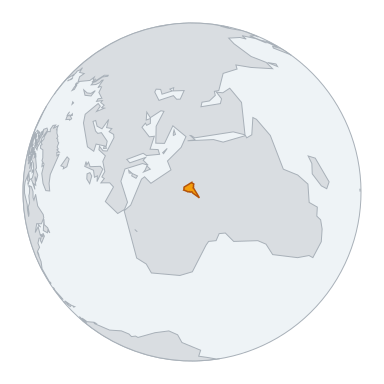 globe centered on Tibesti, rotated 301°
{"feature_id": "TCD-5578", "entity_name": "Tibesti", "entity_type": "Préfecture", "adm_level": 1, "iso_a3": "TCD", "parent_name": "Chad", "parent_adm1": "", "projection": "orthographic", "projection_center": [15.919, 20.285], "detail": "fine", "context": "on_globe", "style": "filled", "palette": "amber", "viewbox_px": 384, "rotation_deg": 301, "n_neighbors": 0, "source": "natural_earth", "source_scale": "10m", "svg_char_len": 10321}
<svg xmlns="http://www.w3.org/2000/svg" viewBox="0 0 384 384"><g transform="rotate(301 192 192)"><circle cx="192" cy="192" r="169" fill="#eef3f6" stroke="#a8b0b8"/><path d="M190.7,23.0L185.0,23.3L163.8,25.5L158.9,26.8L138.6,32.9L141.1,32.4L134.9,35.2L135.4,35.9L131.5,37.3L135.3,36.8L138.8,35.4L141.6,34.8L142.2,35.3L137.4,36.9L136.4,37.0L135.2,37.7L132.6,38.5L134.2,38.4L128.3,40.7L135.0,39.2L131.0,41.7L126.8,43.1L126.2,41.9L114.9,43.7L110.4,45.6L104.8,49.0L96.4,57.2L92.0,60.1L86.7,64.7L89.6,63.4L94.8,59.3L98.9,58.4L104.7,54.1L107.3,53.3L113.7,49.7L113.8,51.6L110.5,55.5L105.2,58.7L103.6,60.7L109.5,59.1L100.5,67.0L96.1,76.0L93.6,78.2L87.2,79.3L84.9,75.2L76.5,78.5L83.0,78.0L76.8,84.3L76.2,86.2L77.2,87.1L80.0,85.4L78.1,88.2L70.9,89.3L72.6,86.7L74.8,86.3L73.7,84.7L68.8,86.3L66.1,89.8L61.7,90.1L59.6,92.8L57.5,94.6L61.1,90.1L54.6,98.5L49.0,103.0L40.1,118.7L47.6,104.4L49.6,101.0L49.7,100.9L56.5,91.0L64.0,81.7L72.2,72.9L80.9,64.7L90.2,57.1L100.0,50.3L110.3,44.1L121.0,38.7L132.1,34.0L143.4,30.2L155.0,27.1L166.8,24.9L178.7,23.6L190.7,23.0ZM25.3,164.3L25.2,165.4L26.2,160.7L27.1,160.2L25.3,169.4L27.3,162.7L26.8,168.9L29.7,174.7L29.0,176.3L31.2,192.5L36.6,203.0L37.8,211.1L36.9,214.6L39.4,217.8L39.5,220.6L52.3,232.7L61.0,243.7L62.2,253.2L57.8,260.9L60.8,280.9L54.7,282.3L57.9,289.9L61.2,298.3L57.0,293.5L63.0,301.1L63.5,301.7L55.9,292.1L49.0,282.0L42.8,271.3L37.5,260.3L32.9,248.9L29.2,237.2L26.4,225.3L24.4,213.2L23.3,201.0L23.1,188.7L23.8,176.5L25.3,164.3ZM37.7,123.1L37.6,123.7L33.5,137.0L33.4,134.6L33.9,133.8L35.4,129.3L37.5,123.7L37.6,123.4L37.7,123.1ZM41.2,117.7L41.7,116.1L41.6,117.0L41.2,117.7ZM113.2,49.0L113.4,49.4L112.1,49.8L113.2,49.0ZM115.8,47.3L114.1,47.6L115.0,46.8L116.1,46.6L115.8,47.3ZM117.6,47.2L117.0,45.5L118.7,44.2L124.0,42.6L117.6,47.2ZM139.6,34.8L136.0,36.3L138.4,34.7L139.6,34.8ZM140.5,34.0L144.1,31.0L149.8,29.4L147.5,30.5L154.4,28.5L155.4,29.1L151.9,30.4L148.0,31.2L151.3,30.9L140.5,34.0ZM206.0,23.7L206.5,23.8L204.7,23.6L206.0,23.7ZM142.9,34.5L143.1,33.8L148.1,32.4L148.6,33.4L146.8,33.5L142.9,34.5ZM155.7,27.8L159.5,27.1L161.4,27.3L163.1,27.1L156.0,29.0L155.7,27.8ZM146.0,34.1L148.7,34.0L146.9,35.2L143.1,35.0L146.0,34.1ZM149.2,31.6L151.6,31.0L150.4,31.6L149.2,31.6ZM142.1,39.9L142.3,38.9L144.9,38.0L142.1,39.9ZM149.8,33.9L150.4,33.5L151.5,33.1L152.8,33.3L149.8,33.9ZM157.8,29.2L157.8,29.6L160.8,28.5L162.3,28.9L157.3,30.2L160.1,29.8L160.6,29.9L155.9,30.9L157.8,29.2ZM157.4,32.5L151.5,34.7L150.6,36.6L148.3,37.4L150.1,34.2L157.4,32.5ZM156.9,31.4L156.7,32.2L153.9,32.6L152.3,32.4L156.9,31.4ZM165.2,28.8L164.1,27.8L165.3,27.6L165.2,28.8ZM157.7,32.9L159.1,32.4L157.9,33.0L157.7,32.9ZM163.5,29.9L163.0,29.5L164.3,29.2L163.5,29.9ZM162.3,31.8L160.4,32.4L159.3,32.2L162.3,31.8ZM163.3,30.8L165.2,30.6L160.1,31.7L162.9,30.7L163.3,30.8ZM164.8,29.7L165.4,29.4L164.8,29.9L164.8,29.7ZM167.6,32.6L161.4,34.1L159.0,33.4L165.3,32.0L167.6,32.6ZM260.1,37.4L262.1,38.3L277.2,46.1L275.8,45.3L287.0,52.2L297.5,60.0L307.4,68.6L316.6,77.9L318.9,80.6L314.8,76.2L320.0,82.3L322.7,85.2L320.6,82.5L326.9,90.3L328.2,92.0L335.0,101.9L341.0,112.3L346.3,123.1L348.7,129.6L349.9,132.6L348.8,130.9L351.0,138.5L356.1,151.8L357.2,156.7L359.0,169.1L358.4,165.6L355.5,161.0L357.6,173.3L360.0,179.8L360.8,190.2L360.2,189.0L359.0,180.1L357.9,178.2L356.3,167.7L351.8,154.4L351.0,159.7L349.2,153.6L342.8,144.2L340.7,151.6L338.6,172.9L341.3,188.8L339.2,197.6L329.2,178.5L323.5,164.2L320.6,167.3L309.7,157.6L292.8,162.7L289.8,159.3L286.8,162.2L279.0,160.0L274.1,154.3L269.7,155.8L282.4,170.8L287.1,169.3L290.2,161.5L292.9,167.3L300.4,170.9L294.3,188.3L268.3,208.0L264.8,196.4L239.8,166.4L240.0,162.6L239.9,162.2L239.5,161.4L238.3,167.8L233.6,161.8L248.0,183.4L250.8,193.0L267.9,208.8L266.6,211.0L271.8,213.8L287.2,205.8L287.5,209.8L280.8,230.0L258.6,258.5L261.0,273.9L258.5,287.3L243.4,297.8L243.6,307.2L235.6,311.4L234.4,316.6L227.3,322.6L216.0,328.4L198.0,329.4L197.8,325.0L190.1,316.3L179.9,293.4L185.4,282.3L184.2,273.5L171.1,253.2L174.0,241.7L170.3,236.7L162.7,237.7L158.2,231.7L153.6,231.4L123.8,233.4L114.2,224.6L101.7,198.9L106.7,189.9L106.9,178.6L141.0,143.5L149.1,146.2L177.0,142.1L180.6,143.5L178.3,152.3L200.1,162.6L205.9,155.0L224.6,159.7L236.4,158.3L238.9,141.5L219.5,143.4L215.2,135.8L229.9,127.4L246.7,126.4L245.6,123.5L234.2,118.0L237.2,112.1L230.1,115.7L233.6,118.5L229.3,121.0L225.8,118.8L227.0,116.6L221.7,115.8L217.3,127.0L220.4,131.0L207.1,134.0L210.9,141.1L207.6,144.8L199.8,134.2L200.0,130.2L186.3,119.3L185.0,123.7L197.8,134.5L194.1,133.8L192.4,140.6L190.9,134.9L177.2,122.7L164.6,125.5L150.0,142.0L142.3,143.1L135.3,139.4L139.2,122.6L155.9,122.1L157.5,116.8L152.9,109.2L158.4,109.9L158.5,107.0L164.7,106.7L172.3,99.8L178.4,99.1L180.2,90.5L183.6,89.1L181.5,94.4L183.4,98.1L198.4,97.1L201.0,95.2L201.0,89.9L205.1,90.6L203.2,85.6L211.3,83.2L199.8,82.3L199.5,76.8L203.7,72.6L201.5,70.8L194.6,77.9L193.7,81.0L196.2,83.8L191.9,93.1L187.0,94.9L183.7,85.1L176.3,86.8L176.9,79.1L195.3,63.4L203.6,60.4L219.5,66.0L218.3,69.2L211.9,68.7L218.8,73.8L217.7,71.1L221.2,72.0L221.7,67.7L224.2,68.1L220.5,63.5L223.6,63.5L225.9,66.5L229.4,60.9L235.5,60.4L235.0,58.9L232.9,57.6L242.1,58.2L241.4,57.2L238.1,56.5L234.6,54.2L231.9,50.4L235.2,50.9L236.6,52.3L244.6,56.1L247.8,60.2L248.9,60.1L246.9,56.7L237.2,51.9L234.6,49.6L239.5,51.4L237.5,50.5L237.3,49.5L240.2,49.1L235.0,47.0L228.0,37.5L232.9,36.3L238.0,38.6L236.6,34.0L242.2,34.1L239.2,33.3L236.5,31.3L234.7,31.2L233.0,30.8L225.3,26.9L226.0,26.8L219.2,25.3L217.7,25.0L216.7,25.0L208.7,23.9L221.9,25.7L234.9,28.6L247.7,32.5L260.1,37.4ZM130.4,162.2L129.7,165.6L130.4,162.2ZM265.5,134.1L274.9,133.0L268.9,123.7L272.0,122.6L268.8,120.0L268.4,123.0L260.4,115.9L263.8,112.3L261.7,108.3L258.5,108.6L253.5,116.5L265.0,126.4L263.6,131.0L265.5,134.1ZM29.9,174.8L30.0,177.3L29.4,176.4L29.9,174.8ZM32.1,137.8L31.9,139.2L31.3,141.3L31.3,140.8L32.1,137.8ZM33.0,148.4L33.3,150.6L32.4,149.9L33.0,148.4ZM33.2,138.9L32.7,147.0L31.1,146.7L31.6,141.8L32.0,143.0L33.2,138.9ZM38.8,122.1L38.3,123.5L37.6,124.8L38.8,122.1ZM41.1,118.4L41.1,118.2L41.8,116.6L41.1,118.4ZM77.2,84.2L77.7,84.2L78.1,85.6L76.8,86.0L77.2,84.2ZM87.0,86.7L83.7,91.2L85.1,88.1L82.6,89.1L82.4,84.4L92.4,79.1L87.9,82.2L87.0,86.7ZM84.9,77.2L83.9,80.4L84.6,77.1L84.9,77.2ZM153.5,92.7L156.0,94.5L154.1,97.8L146.4,100.0L149.0,95.1L153.5,92.7ZM159.9,96.4L158.7,86.9L163.5,85.5L161.0,87.8L164.3,87.9L161.2,91.6L166.8,100.2L165.6,103.8L152.0,105.2L157.1,102.6L154.4,100.8L159.9,96.4ZM147.4,69.1L146.9,66.1L157.8,66.9L157.0,69.7L149.2,71.7L145.6,69.7L147.4,69.1ZM127.2,45.2L126.3,44.9L127.7,44.3L129.5,44.1L127.2,45.2ZM142.0,39.5L132.4,46.4L130.9,46.3L127.1,51.1L121.7,52.7L124.4,49.4L117.3,54.6L117.6,52.3L113.3,56.0L119.7,48.4L119.7,46.9L121.8,47.9L126.8,46.4L128.9,45.3L134.9,41.2L137.2,37.7L142.5,36.1L145.6,35.9L145.9,36.5L142.3,37.3L145.2,37.5L140.3,39.1L142.0,39.5ZM179.2,40.7L175.0,40.3L179.9,43.2L175.1,43.9L176.0,44.2L172.8,45.9L170.5,48.5L168.2,48.5L168.3,49.6L166.2,50.9L165.6,52.4L161.1,53.2L160.0,55.2L158.5,54.5L157.8,57.8L156.4,55.7L153.5,57.5L156.4,58.6L134.0,61.5L125.7,65.1L119.6,69.5L117.9,66.0L122.6,59.9L130.5,53.7L138.7,51.1L136.5,50.2L139.7,48.8L140.1,50.1L141.5,47.3L144.3,46.6L151.3,42.5L151.5,39.6L154.1,38.2L155.4,39.0L157.0,37.1L161.2,37.8L163.2,36.9L169.3,37.0L170.7,39.4L172.7,38.3L177.5,38.6L179.2,40.7ZM169.3,32.6L172.1,34.8L170.8,36.4L160.7,35.7L158.4,36.4L151.9,36.5L153.9,34.3L155.6,34.4L157.7,34.0L156.2,34.9L158.9,33.9L161.3,34.2L164.1,33.6L164.3,34.4L169.3,32.6ZM184.2,140.2L186.9,140.5L191.1,139.9L190.1,144.5L184.2,140.2ZM174.8,132.0L177.1,131.4L177.7,137.0L174.9,136.9L174.8,132.0ZM178.0,126.5L177.2,130.9L175.9,128.4L178.0,126.5ZM183.7,93.8L186.2,93.0L186.6,94.3L185.5,96.2L183.7,93.8ZM192.8,51.1L190.6,50.1L191.2,49.6L189.1,46.6L192.5,46.0L195.2,47.6L192.8,51.1ZM235.9,144.7L232.8,148.2L230.9,146.9L232.3,145.9L235.9,144.7ZM210.6,146.6L216.6,148.3L210.2,147.9L210.6,146.6ZM196.2,50.0L194.9,48.7L197.4,49.2L196.2,50.0ZM195.0,45.5L197.8,45.8L192.7,45.6L195.0,45.5ZM281.2,334.2L280.8,335.0L278.9,335.9L281.2,334.2ZM284.5,280.2L271.3,304.3L264.2,305.8L263.9,299.7L269.5,285.7L278.1,280.1L282.7,273.0L284.5,280.2ZM360.3,206.8L360.2,204.4L357.3,187.6L358.4,186.1L360.8,193.8L360.8,196.5L360.8,198.9L360.3,206.8ZM341.9,190.1L345.0,198.0L343.6,200.7L341.9,190.1ZM351.6,137.0L352.0,139.0L351.2,136.8L350.1,132.9L351.6,137.0ZM223.8,46.6L222.9,51.1L224.5,54.6L229.1,56.9L222.3,56.0L219.8,50.5L223.8,46.6ZM227.1,38.4L223.2,37.0L225.1,36.7L226.2,37.0L227.1,38.4ZM224.6,38.2L219.4,38.3L217.3,36.9L221.8,37.1L224.6,38.2ZM207.9,43.3L207.4,44.6L205.4,44.0L207.9,43.3ZM208.2,23.9L206.7,23.8L207.2,23.8L208.2,23.9ZM232.1,30.8L229.9,30.2L230.6,29.9L232.1,30.8ZM224.3,28.5L225.0,29.1L222.9,28.2L224.3,28.5ZM226.9,30.8L224.7,29.3L228.8,31.0L226.9,30.8Z" fill="#d9dde1" stroke="#a8b0b8" stroke-width="1"/><path d="M192.2,182.7L192.4,182.8L192.8,183.0L193.1,183.2L193.4,183.4L193.8,183.5L194.1,183.7L194.4,183.9L194.8,184.1L195.1,184.2L195.4,184.4L195.8,184.6L196.1,184.8L196.5,185.0L196.8,185.1L197.1,185.3L197.5,185.5L197.8,185.7L198.2,185.8L198.5,186.0L198.8,186.2L199.2,186.4L199.5,186.5L199.9,186.7L200.2,186.9L199.7,187.3L199.7,188.0L199.8,188.8L199.8,189.4L199.2,189.7L198.1,190.0L197.6,190.3L197.3,190.7L196.9,190.8L196.1,190.8L196.0,191.6L194.5,194.4L193.0,197.3L190.8,201.3L190.8,201.2L190.8,200.9L190.8,200.6L190.9,200.4L190.9,200.2L190.9,199.8L190.9,199.7L191.0,199.4L191.0,199.2L191.0,198.9L191.0,198.7L191.0,198.4L191.1,198.2L191.1,197.8L191.1,197.7L191.1,197.4L191.1,197.1L191.2,196.9L191.2,196.7L191.2,196.3L191.2,196.2L191.3,195.9L191.3,195.7L191.3,195.4L191.3,195.1L191.3,194.9L191.4,194.7L191.4,194.3L191.4,194.2L191.4,193.9L191.4,193.6L191.5,193.5L191.5,193.4L191.5,193.2L191.6,192.9L191.7,192.6L191.8,192.4L192.0,192.2L192.1,191.9L192.1,191.7L191.9,191.5L191.7,191.3L191.5,191.1L191.4,190.9L191.1,190.7L190.9,190.3L191.0,190.2L191.1,189.9L191.0,189.7L190.9,189.7L190.7,189.4L190.6,189.2L190.4,188.9L190.3,188.7L190.2,188.6L190.0,188.4L190.0,188.1L190.0,187.9L190.0,187.6L190.0,187.4L190.0,187.2L189.9,186.8L189.9,186.7L189.9,186.4L189.8,186.2L189.8,185.8L189.7,185.7L189.7,185.3L189.6,185.1L189.6,184.9L189.6,184.7L189.5,184.4L189.5,184.2L189.4,184.0L189.5,184.0L189.7,183.9L189.8,183.8L190.0,183.7L190.3,183.6L190.6,183.4L190.8,183.4L191.1,183.2L191.4,183.1L191.5,183.0L191.7,182.9L191.8,182.8L192.0,182.8L192.1,182.7L192.2,182.7Z" fill="#f59e0b" stroke="#b45309" stroke-width="1.5"/></g></svg>